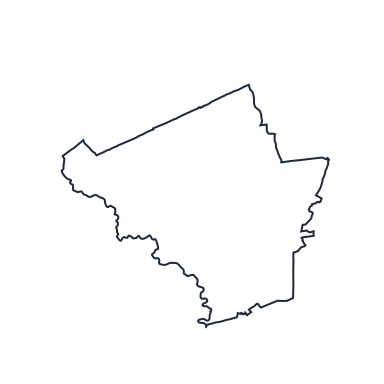 Costuleni, Iasi, Romania (Albers equal-area conic projection), rotated 202°
{"feature_id": "2599482B11377043097002", "entity_name": "Costuleni", "entity_type": "district", "adm_level": 2, "iso_a3": "ROU", "parent_name": "Romania", "parent_adm1": "Iasi", "projection": "albers", "projection_center": [27.868, 47.006], "detail": "fine", "context": "isolated", "style": "outline", "palette": "slate", "viewbox_px": 384, "rotation_deg": 202, "n_neighbors": 0, "source": "geoboundaries", "source_scale": "gbopen_adm2", "svg_char_len": 5923}
<svg xmlns="http://www.w3.org/2000/svg" viewBox="0 0 384 384"><g transform="rotate(202 192 192)"><path d="M325.4,176.9L322.9,175.0L322.4,173.8L321.4,170.2L321.2,168.8L320.1,166.0L319.9,165.4L319.9,164.8L320.6,163.6L320.7,163.2L320.7,162.8L320.3,162.2L319.7,161.5L318.1,160.1L314.5,158.2L313.0,157.7L311.9,157.6L308.8,157.7L308.6,157.5L308.3,156.9L308.7,155.9L308.7,155.3L308.6,155.0L307.9,154.5L307.3,154.2L306.2,154.1L305.4,154.2L305.1,154.0L304.4,152.9L303.4,150.0L302.9,149.4L302.4,149.2L297.8,149.0L296.6,150.1L295.9,150.4L294.9,151.1L294.7,151.1L294.2,150.9L292.1,149.6L291.1,149.3L288.7,149.4L286.8,148.9L285.9,148.9L284.1,149.5L283.1,150.5L282.1,151.9L280.0,153.1L279.4,153.3L275.8,152.6L272.6,152.8L271.0,152.6L269.9,151.9L268.3,149.1L266.4,147.0L265.5,146.6L264.8,146.4L264.1,146.7L262.9,148.3L262.0,148.7L258.1,148.2L257.1,147.9L256.8,147.4L255.9,145.5L255.7,144.8L255.7,143.4L255.2,142.4L254.7,142.2L253.7,142.6L252.6,142.5L251.7,142.0L250.9,141.2L250.7,140.7L250.6,139.8L250.7,138.6L251.4,137.3L251.4,136.9L251.0,136.4L250.0,136.2L249.4,135.8L248.8,134.8L248.4,134.0L248.4,133.5L248.5,132.7L249.0,131.6L249.1,130.8L247.3,128.7L246.6,126.9L246.3,126.5L244.7,125.5L244.6,124.9L245.0,122.9L244.8,122.3L241.4,120.3L240.4,120.0L239.6,120.3L239.2,122.9L239.0,123.6L238.8,124.0L237.9,124.8L235.8,124.9L235.0,125.2L234.8,125.6L234.5,127.4L234.4,127.8L234.1,128.0L233.1,128.1L231.3,127.8L229.9,127.1L228.9,127.0L226.5,128.5L226.0,129.3L225.5,130.9L225.0,131.3L224.6,131.3L222.4,130.0L221.4,129.8L220.4,129.9L218.7,131.2L217.1,132.9L215.7,135.3L215.3,135.8L214.9,135.9L213.7,135.3L211.6,133.6L210.9,133.3L209.6,133.6L208.5,134.4L207.9,134.4L205.7,132.1L203.1,128.6L202.2,127.0L202.2,126.6L202.6,125.9L203.7,125.2L204.1,124.6L204.3,123.8L204.3,121.8L205.5,119.7L205.7,119.0L205.6,118.8L204.5,117.9L202.4,116.6L201.1,116.7L200.2,117.1L199.4,117.8L198.8,117.9L197.6,117.5L196.4,115.8L196.2,114.1L195.8,113.6L195.1,113.2L192.1,113.5L190.0,114.2L189.3,114.5L185.8,118.1L185.2,118.4L183.8,118.7L182.2,119.6L179.7,120.2L178.6,120.2L176.2,119.3L174.2,118.1L171.7,117.2L170.5,116.4L169.8,115.4L169.1,113.4L165.9,112.7L165.6,112.7L164.8,112.2L164.4,112.4L162.7,113.9L159.8,115.7L158.9,115.5L157.3,114.5L155.6,113.9L154.5,113.1L153.8,112.4L153.2,110.8L152.9,109.7L152.9,108.4L152.0,107.5L150.9,107.1L150.0,107.0L146.7,107.4L145.9,107.2L145.3,106.9L144.8,106.3L144.6,105.6L144.5,104.0L145.5,102.6L145.8,102.1L145.9,101.5L145.1,98.5L144.7,97.8L144.2,97.3L143.3,96.9L142.7,96.8L141.9,97.1L140.2,98.1L139.3,98.3L138.1,98.0L137.2,97.2L137.0,96.2L137.3,95.3L140.0,92.1L140.0,91.4L139.8,91.0L139.4,90.6L138.1,90.5L136.5,91.3L135.4,91.5L134.5,91.4L133.4,91.0L131.7,90.7L130.5,90.8L129.8,89.4L129.9,88.6L130.2,88.1L129.7,87.7L129.6,86.8L129.5,84.9L129.3,84.0L128.3,81.2L128.4,79.9L128.6,79.3L129.2,78.6L129.6,78.4L131.4,78.4L132.8,78.7L133.9,78.6L136.9,76.8L138.0,75.6L138.1,75.1L137.5,74.0L136.8,73.6L134.9,73.9L132.6,74.8L132.0,74.9L129.9,74.4L129.1,73.9L128.6,73.1L128.5,72.3L128.6,71.7L128.9,71.3L128.6,71.6L128.4,72.4L128.3,73.8L128.3,74.5L123.5,78.0L122.4,79.2L121.6,79.5L120.8,80.2L118.3,81.5L114.4,84.4L113.8,85.0L111.6,86.7L109.6,87.9L105.2,91.4L103.7,92.3L103.5,92.6L103.8,95.4L104.2,96.9L101.4,97.1L101.3,98.1L101.2,98.3L100.5,98.3L99.9,97.9L99.5,98.3L99.3,98.3L99.0,97.7L98.7,97.8L98.3,98.3L97.8,98.4L97.5,99.1L97.2,99.1L97.4,100.1L96.5,99.7L96.4,99.3L95.7,99.2L95.1,98.4L94.7,98.4L94.6,98.8L92.1,102.8L93.4,103.3L95.2,104.3L93.8,106.5L92.2,108.5L91.2,110.0L90.5,111.7L89.9,112.6L89.4,113.0L88.5,112.7L86.3,111.2L84.8,110.7L72.2,123.1L68.2,124.5L63.1,126.7L58.6,131.6L60.9,137.8L61.7,139.5L61.8,140.4L68.4,156.4L72.1,166.1L74.1,170.6L75.2,173.9L73.6,175.0L73.0,175.8L71.7,176.8L71.3,178.3L70.1,181.5L67.3,184.0L66.9,185.2L68.3,185.9L71.1,188.1L71.4,188.3L71.2,188.8L72.2,189.9L73.2,190.6L72.1,191.6L69.5,193.2L69.3,193.1L62.7,197.0L63.9,199.3L64.5,201.1L65.8,200.2L67.1,198.9L69.5,198.7L71.1,199.3L75.9,196.4L75.9,197.6L76.4,198.9L76.7,201.0L77.2,202.5L77.1,202.9L76.8,203.2L74.7,204.3L74.3,204.8L73.9,206.1L72.3,210.0L71.7,212.0L71.7,212.9L71.7,213.6L72.1,214.7L72.1,215.3L71.9,216.1L71.9,216.9L72.1,217.7L73.1,218.2L75.9,218.1L76.4,219.2L77.2,219.5L77.1,220.6L76.8,223.0L75.8,223.9L75.7,224.2L76.1,225.2L76.0,225.9L73.1,227.8L72.6,228.8L72.3,229.6L72.1,229.8L70.9,229.9L70.8,230.3L70.7,230.4L70.2,230.1L69.5,230.8L69.1,231.8L69.3,232.7L69.4,234.6L69.5,234.6L75.9,235.4L74.7,241.3L74.6,242.1L74.5,245.2L75.0,250.4L75.4,251.8L75.6,253.4L75.6,253.8L75.4,255.1L75.6,257.6L75.6,258.9L76.2,262.0L76.0,264.3L76.2,266.8L76.1,268.2L76.4,269.7L77.2,271.0L77.3,271.8L77.0,272.7L77.1,273.2L77.9,273.2L78.3,274.0L79.0,274.3L79.4,273.8L79.4,272.8L84.5,272.6L103.9,262.0L111.5,258.0L118.7,253.8L120.4,253.0L120.7,254.1L121.4,255.4L123.3,256.8L124.7,258.3L127.1,260.6L127.5,261.4L128.6,262.3L129.9,264.0L130.5,264.4L131.2,265.5L132.1,267.8L134.2,270.1L135.1,271.7L135.8,273.6L136.6,275.4L136.5,276.7L138.5,276.5L139.6,276.1L142.3,274.9L143.6,275.1L145.6,276.8L148.0,282.5L153.5,279.5L153.3,281.0L153.4,283.1L153.7,284.3L155.5,287.0L156.7,289.4L158.0,291.0L159.2,292.3L160.5,293.0L165.4,294.5L167.4,296.9L168.3,298.8L169.8,302.5L172.3,306.2L173.1,307.0L174.3,307.8L176.6,308.8L177.2,309.9L177.8,310.3L179.4,312.7L180.9,311.4L183.3,308.9L187.4,304.0L190.9,301.0L193.1,298.5L195.3,296.3L196.6,295.4L197.5,293.9L198.5,293.0L207.3,283.3L210.4,278.8L213.8,275.9L213.6,275.6L213.9,274.9L214.6,274.4L215.6,273.3L216.1,273.7L217.6,272.9L217.4,272.1L222.4,267.1L229.7,259.4L233.5,255.1L233.4,254.8L235.9,252.6L242.3,245.8L251.9,236.4L251.3,235.5L252.7,234.3L256.6,230.3L259.6,226.6L262.3,224.0L263.3,222.6L264.9,220.6L277.9,207.6L278.3,207.2L278.5,206.6L279.7,205.4L281.1,204.3L283.4,201.6L283.8,200.8L287.0,198.3L287.8,197.0L288.4,196.5L289.2,195.4L290.1,194.6L294.2,190.2L296.9,191.9L299.0,192.2L302.2,193.6L303.8,194.5L309.8,196.9L311.1,198.1L312.2,199.4L317.9,188.6L319.2,187.0L325.4,176.9Z" fill="none" stroke="#1e293b" stroke-width="2"/></g></svg>